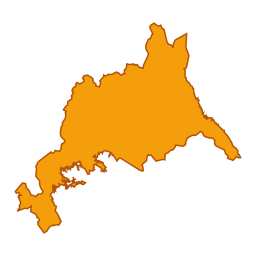 Huancane, Puno, Peru (Natural Earth projection)
{"feature_id": "86281439B8131486322955", "entity_name": "Huancane", "entity_type": "district", "adm_level": 2, "iso_a3": "PER", "parent_name": "Peru", "parent_adm1": "Puno", "projection": "natural_earth1", "projection_center": [-69.717, -15.15], "detail": "fine", "context": "isolated", "style": "filled", "palette": "amber", "viewbox_px": 256, "rotation_deg": 0, "n_neighbors": 0, "source": "geoboundaries", "source_scale": "gbopen_adm2", "svg_char_len": 5717}
<svg xmlns="http://www.w3.org/2000/svg" viewBox="0 0 256 256"><path d="M15.4,191.4L16.3,193.1L19.0,192.5L19.6,194.4L20.9,195.2L18.5,195.5L19.0,196.9L18.4,197.1L20.8,202.7L19.2,206.4L19.9,208.0L18.2,209.3L17.8,210.8L24.9,208.3L27.5,208.6L31.4,206.1L30.7,211.6L35.3,213.9L36.4,214.9L37.1,217.8L38.2,217.9L39.2,219.3L39.5,220.3L37.9,221.7L38.0,224.6L44.0,232.8L46.8,231.2L49.5,226.9L53.0,225.1L54.0,225.7L55.8,224.7L58.7,225.1L61.1,221.5L57.7,214.3L55.2,210.7L56.4,206.4L54.4,205.0L53.8,203.0L52.1,201.0L51.7,199.9L52.3,199.8L52.3,198.9L52.8,199.4L52.8,198.5L50.4,195.1L51.5,193.1L53.9,191.8L52.7,190.8L53.5,189.6L52.8,188.6L52.7,185.4L53.4,185.6L53.3,186.4L54.1,189.0L53.7,186.7L54.3,185.7L54.6,186.9L55.0,186.6L55.1,188.3L54.3,188.0L54.5,189.3L53.7,189.8L54.4,191.6L54.6,190.2L55.4,190.8L54.9,189.0L55.5,189.3L55.6,188.1L57.0,187.9L55.6,187.6L55.5,186.8L56.2,186.6L56.8,187.5L58.2,186.5L58.8,187.0L59.6,185.1L59.2,183.9L60.9,184.9L62.4,184.4L63.2,185.4L65.9,185.0L65.5,186.3L65.8,187.4L66.2,187.0L65.7,188.6L66.4,188.6L66.4,189.7L66.9,188.1L67.9,188.1L69.5,185.4L71.3,185.1L71.4,186.8L73.0,185.9L74.3,187.1L75.7,185.1L78.0,183.8L81.4,183.0L81.7,184.2L83.5,184.5L85.5,182.8L81.8,181.0L80.8,182.4L78.4,181.5L77.3,182.9L76.8,181.6L76.7,183.2L74.3,182.2L74.4,181.4L73.4,181.7L72.7,180.9L75.0,179.3L74.1,179.1L73.1,177.0L73.6,178.8L74.4,179.5L72.5,180.1L72.0,181.2L73.2,183.1L67.7,186.1L67.1,186.3L67.0,185.6L66.9,186.9L66.3,185.5L66.8,184.8L66.3,184.1L66.3,185.3L64.9,183.9L65.5,182.6L66.2,183.1L66.4,182.7L65.2,182.2L64.8,181.0L62.7,181.7L62.0,179.9L63.9,181.0L64.1,180.3L65.2,180.7L64.5,180.2L64.9,180.1L65.6,180.9L65.6,181.9L67.1,181.9L66.2,181.3L68.1,180.3L69.2,181.2L68.5,181.3L69.2,182.2L70.3,181.6L68.6,179.6L67.7,179.9L68.7,178.7L67.5,179.6L66.9,178.1L64.6,177.9L65.0,177.6L63.7,176.6L63.5,177.4L62.7,177.3L62.7,174.5L61.8,174.0L61.8,175.2L61.4,175.4L60.9,173.1L60.1,173.1L61.4,171.3L61.0,169.9L59.7,169.6L62.7,169.4L63.6,170.9L64.2,170.4L65.9,171.5L65.5,170.6L64.8,170.6L65.2,170.3L60.8,168.1L61.6,167.4L62.8,168.6L63.6,168.3L64.9,169.1L65.0,167.9L66.1,168.4L65.9,167.2L67.4,166.1L68.1,167.0L67.3,167.7L68.3,168.4L67.7,168.4L67.9,169.5L68.6,168.3L70.5,169.5L70.2,166.6L71.2,166.5L70.6,167.1L71.1,167.6L73.2,167.0L73.8,165.1L72.6,164.3L73.2,163.5L73.2,164.3L73.8,163.9L74.5,164.8L74.9,163.0L77.3,166.3L77.9,169.4L79.2,170.6L78.4,168.9L78.7,166.8L76.4,163.9L76.6,162.5L78.1,162.0L79.9,162.4L80.0,161.7L80.8,162.9L79.7,165.4L80.8,165.2L81.0,166.6L81.5,165.9L81.6,167.0L81.8,166.0L82.8,167.8L84.8,168.5L87.8,174.1L89.5,173.9L89.5,170.4L92.8,171.0L94.6,169.5L93.1,168.1L94.2,167.1L93.7,165.2L94.8,164.2L100.9,167.8L101.8,169.7L101.3,170.8L102.8,170.3L102.6,171.4L104.2,171.7L103.7,170.7L105.0,170.4L106.7,171.4L104.5,168.4L106.0,167.6L103.1,164.1L103.2,162.8L100.4,161.4L101.0,162.8L98.0,162.1L97.2,163.1L97.2,161.9L98.6,160.9L96.6,160.3L95.2,161.1L94.8,160.4L96.3,159.1L95.8,158.0L94.4,156.6L92.8,157.3L95.0,155.1L96.1,156.8L97.3,157.2L98.3,152.9L99.4,154.1L100.0,152.2L101.6,152.5L102.4,153.5L102.6,152.2L104.6,150.6L109.6,151.9L110.4,153.5L109.0,155.4L109.1,156.5L111.5,153.2L112.5,154.5L112.4,155.6L113.6,155.6L116.9,161.0L118.8,158.4L120.9,158.3L140.0,170.3L142.8,171.0L143.3,170.6L142.7,166.2L141.8,164.7L146.5,160.8L147.4,155.8L148.3,154.8L149.2,155.4L150.9,154.9L156.0,161.1L162.5,159.4L164.9,159.8L165.0,155.3L165.8,153.7L168.1,152.7L170.2,150.6L173.2,149.6L175.2,146.9L175.6,145.1L182.4,146.2L184.6,145.5L185.9,143.8L185.5,142.5L187.3,138.2L192.0,135.4L195.9,135.2L200.7,131.4L202.3,132.6L204.1,136.0L205.2,136.7L209.9,138.1L212.7,138.1L214.8,140.6L214.6,143.7L215.9,145.8L224.5,150.1L225.6,153.6L228.2,156.4L227.5,158.3L233.1,160.3L236.6,156.6L238.5,157.8L240.6,157.5L239.0,154.5L237.8,154.1L237.8,150.7L235.9,148.1L232.7,145.7L231.9,143.0L227.8,136.1L224.1,132.1L224.3,130.5L223.0,130.3L218.5,125.8L218.1,124.3L216.5,124.5L216.2,123.1L215.3,123.3L213.7,119.9L211.9,120.5L212.6,119.3L212.1,117.9L210.9,118.6L210.3,117.7L208.8,118.1L207.6,117.2L206.9,119.2L206.4,118.6L206.3,115.7L205.1,116.6L205.3,117.7L204.2,117.2L205.3,115.5L203.7,115.4L203.0,114.1L203.4,112.9L202.5,113.6L202.2,110.0L200.7,110.1L201.5,109.7L201.3,107.7L200.1,107.5L200.2,106.8L199.4,106.3L200.0,105.8L198.0,102.0L199.1,100.3L197.9,99.8L197.8,98.2L197.1,99.1L196.6,98.2L195.7,98.6L193.5,91.0L193.6,88.7L193.0,88.7L192.2,86.5L190.5,85.3L189.1,82.7L187.7,81.9L186.4,79.9L186.2,78.0L185.0,76.9L185.2,70.4L184.1,68.7L185.7,68.5L186.6,67.0L188.9,55.7L185.9,47.3L186.6,33.7L175.0,40.2L173.5,43.7L172.8,48.2L172.3,45.6L168.7,44.3L167.1,42.5L164.0,29.3L162.3,28.5L160.7,25.2L159.4,26.0L157.6,25.8L154.0,23.2L151.2,24.9L149.9,26.7L150.1,28.4L152.9,33.9L151.9,34.7L150.4,38.7L148.4,39.3L145.9,44.9L145.9,49.0L148.7,53.9L143.6,65.1L143.1,68.3L138.9,67.0L137.1,64.6L135.4,65.1L134.5,64.3L133.8,64.8L133.5,64.0L129.5,64.6L126.9,63.9L126.3,68.1L124.3,70.1L124.7,73.8L123.3,73.5L121.2,75.3L118.2,72.7L116.1,72.1L112.3,74.3L108.4,74.4L105.4,76.1L103.7,75.0L103.5,76.9L99.8,80.9L100.7,83.1L99.4,86.8L95.9,85.9L95.9,84.3L93.2,81.6L92.9,78.8L91.5,77.5L87.5,75.1L83.8,75.9L82.6,78.2L83.8,79.8L83.8,81.7L79.8,84.0L77.1,82.5L75.7,84.1L75.7,86.7L73.9,87.2L72.5,88.8L72.1,91.3L73.5,92.5L71.3,96.1L72.0,97.0L71.5,99.0L67.9,101.5L67.5,105.0L65.7,106.4L63.6,109.5L63.7,110.2L66.2,111.2L65.4,112.6L65.8,116.5L64.9,119.1L62.3,122.8L62.6,124.9L61.1,127.2L60.3,133.6L61.0,136.5L64.6,140.3L64.7,141.9L63.0,143.6L62.1,143.5L61.3,144.9L61.2,148.3L59.6,151.3L55.3,150.5L53.4,153.2L51.4,153.0L50.9,152.0L38.3,161.7L35.8,166.5L36.6,168.1L35.8,176.1L39.8,181.2L39.5,183.8L40.6,187.7L42.9,191.4L42.8,192.4L41.0,194.0L37.8,194.2L35.8,196.6L33.3,195.4L31.4,195.4L28.8,190.2L26.4,187.8L25.5,183.5L22.4,183.1L15.4,191.4Z" fill="#f59e0b" stroke="#b45309" stroke-width="1.5"/></svg>